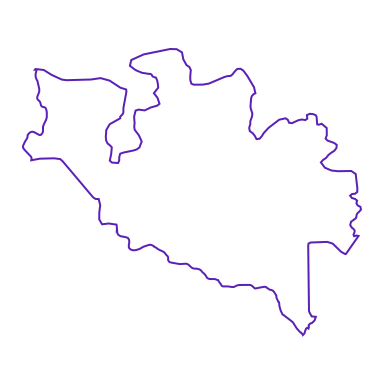 outline of Niger
{"feature_id": "NGA-2851", "entity_name": "Niger", "entity_type": "State", "adm_level": 1, "iso_a3": "NGA", "parent_name": "Nigeria", "parent_adm1": "", "projection": "mercator", "projection_center": [5.482, 9.777], "detail": "fine", "context": "isolated", "style": "outline", "palette": "violet", "viewbox_px": 384, "rotation_deg": 0, "n_neighbors": 0, "source": "natural_earth", "source_scale": "10m", "svg_char_len": 4420}
<svg xmlns="http://www.w3.org/2000/svg" viewBox="0 0 384 384"><path d="M39.6,135.1L41.0,134.8L42.4,133.1L43.0,131.4L43.0,126.7L43.9,124.3L46.1,119.7L46.8,117.3L46.8,114.5L46.8,112.3L46.3,109.6L45.5,107.9L44.4,107.2L43.1,107.0L42.0,106.6L41.1,105.6L40.3,102.6L39.8,101.6L39.1,100.8L38.4,100.2L37.6,99.4L37.2,98.3L37.3,96.7L39.2,91.9L39.3,89.2L37.5,81.1L36.6,79.5L35.9,77.8L35.6,76.0L35.6,74.0L36.5,70.5L35.7,69.7L35.0,69.7L35.6,69.0L43.8,70.0L51.8,75.0L61.9,79.6L66.6,80.2L91.2,79.5L100.5,78.1L109.6,80.6L120.4,87.7L126.2,89.5L126.4,91.8L123.4,108.1L123.4,111.5L123.2,113.1L122.5,114.3L120.3,116.6L120.2,118.3L109.7,124.2L106.3,130.0L105.8,136.8L106.1,140.3L107.5,143.4L109.8,145.2L111.8,147.3L111.2,153.9L109.8,160.7L112.0,162.6L118.1,163.0L119.2,160.5L119.3,156.8L120.2,153.7L123.4,152.6L133.8,150.4L136.8,149.4L139.4,147.5L141.7,141.5L138.9,135.3L134.7,129.8L134.2,126.7L134.6,123.5L134.1,116.7L135.6,110.6L138.5,109.6L144.7,110.4L150.7,107.5L157.1,105.7L159.5,103.8L157.5,97.8L153.9,93.2L158.2,87.7L157.9,84.0L157.1,80.3L156.0,77.7L153.5,76.9L152.4,76.2L151.6,74.6L150.4,73.9L148.9,73.9L142.0,72.8L135.6,70.1L129.9,65.8L131.3,60.0L143.7,54.4L170.2,49.0L176.7,49.2L182.0,52.4L183.3,59.3L186.5,65.1L189.3,66.9L190.8,70.0L190.2,77.0L190.4,80.6L191.5,83.8L193.9,84.7L202.9,84.6L208.8,83.6L224.4,77.0L227.5,76.1L230.6,75.9L232.9,74.0L233.8,72.6L236.1,70.0L237.4,68.9L240.6,68.8L243.3,70.6L247.1,75.6L254.0,87.2L255.4,93.3L253.6,94.1L251.8,96.1L251.1,98.5L250.5,106.1L250.7,108.4L252.2,113.0L252.3,114.1L252.2,115.2L251.8,117.2L250.6,120.3L250.3,121.4L250.3,123.9L250.1,125.1L249.6,126.2L249.2,128.0L249.8,131.1L252.7,133.2L254.9,136.0L256.5,139.1L259.6,138.7L261.9,136.1L263.8,133.0L268.5,127.9L279.2,119.7L285.5,118.3L287.9,119.9L289.0,122.7L291.9,123.2L298.4,120.2L301.8,119.5L305.3,120.1L307.3,118.7L306.9,115.1L309.8,113.8L313.0,114.1L315.8,115.2L316.6,116.9L317.2,124.4L318.6,124.7L321.7,123.8L326.7,128.0L326.8,135.3L325.6,138.6L327.6,140.6L334.0,142.9L336.7,144.8L336.5,147.9L334.3,150.8L331.3,152.7L328.4,155.0L326.0,158.0L323.1,159.9L320.9,162.4L324.9,167.7L331.4,170.5L338.0,171.2L351.3,171.0L355.7,174.0L357.4,188.6L357.2,192.0L354.9,193.8L352.1,194.0L350.1,195.6L351.9,198.0L355.2,199.0L357.1,200.6L356.4,203.1L357.6,205.4L360.4,206.8L361.0,209.6L358.9,212.0L357.6,213.1L356.7,214.6L356.4,216.5L355.9,218.2L351.0,221.8L350.2,225.1L352.0,227.9L353.2,228.6L354.7,230.6L354.6,231.9L353.5,234.7L354.1,236.2L356.4,235.5L358.5,236.0L345.9,254.0L345.3,254.1L341.1,251.8L332.7,243.6L327.3,241.9L310.7,242.5L308.5,243.6L308.2,246.1L309.0,310.9L309.5,312.5L311.7,316.4L315.8,316.8L314.6,320.4L312.0,323.0L310.1,323.6L308.7,325.1L308.9,327.1L308.5,328.6L307.2,327.8L306.1,328.7L305.1,331.0L304.5,333.4L302.9,335.0L302.7,334.4L301.4,333.2L301.3,332.7L300.2,332.2L296.8,328.5L293.3,322.9L292.2,321.7L283.4,314.9L282.6,314.6L280.6,310.4L279.4,306.0L279.2,303.3L279.0,302.6L278.7,301.8L278.2,301.7L278.0,300.9L276.6,298.1L276.4,297.4L276.4,295.7L274.1,292.0L273.0,290.8L271.5,290.0L269.8,289.7L266.4,287.5L265.8,286.9L264.2,286.8L260.3,287.5L255.3,288.5L254.6,288.2L251.9,285.7L250.6,285.1L249.2,284.9L239.3,285.0L237.1,285.4L234.3,286.8L233.2,287.0L231.9,287.0L227.9,286.4L223.1,286.4L222.1,286.1L221.5,285.5L220.6,283.8L219.2,282.1L218.1,280.1L217.3,280.0L215.4,279.2L214.7,279.1L209.5,279.0L208.1,278.5L206.9,277.6L206.6,277.1L205.7,275.5L205.0,274.6L204.2,273.7L202.3,272.1L201.1,270.5L200.6,270.1L199.4,269.4L198.2,269.0L196.9,268.7L194.2,268.6L193.0,268.3L191.9,267.8L190.8,266.9L189.2,265.3L188.2,264.5L187.1,264.0L185.8,263.7L179.8,264.1L171.3,262.6L169.9,262.2L168.9,261.5L168.2,260.2L168.1,259.2L168.2,258.2L168.1,257.3L167.7,256.3L166.1,254.7L164.6,252.7L163.3,251.7L158.6,249.5L155.6,247.4L154.0,246.6L153.9,246.2L151.7,245.1L150.5,244.8L149.3,244.8L143.5,246.7L139.5,249.0L135.8,250.1L133.1,250.3L130.6,249.5L128.9,247.7L128.8,245.0L129.3,242.3L129.1,239.9L128.0,238.0L125.5,237.1L121.0,236.3L119.6,235.7L118.3,234.8L117.5,233.5L117.2,232.0L117.1,230.3L116.9,230.4L116.8,230.5L116.9,228.7L116.7,225.3L116.5,224.6L108.7,223.5L102.1,224.3L99.2,219.3L99.3,212.5L100.2,205.2L98.7,199.0L95.7,199.0L94.2,198.1L92.8,197.0L62.7,161.3L60.2,159.1L54.0,158.3L39.7,158.7L31.8,160.2L31.3,160.3L31.6,158.6L31.3,157.2L30.5,156.1L24.4,149.7L23.1,147.7L23.0,146.0L24.9,141.8L27.1,138.3L27.5,137.2L27.6,135.5L27.8,134.9L28.4,134.0L30.2,132.3L32.0,131.7L33.8,132.0L39.6,135.1Z" fill="none" stroke="#5b21b6" stroke-width="2"/></svg>